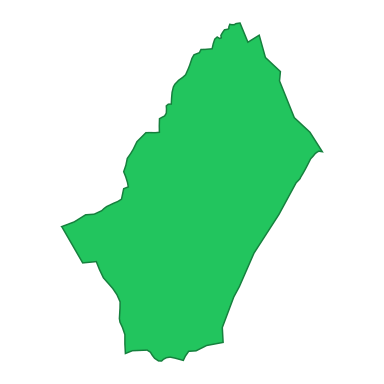 Santiago Lalopa, Oaxaca, Mexico
{"feature_id": "50627088B8129792994601", "entity_name": "Santiago Lalopa", "entity_type": "district", "adm_level": 2, "iso_a3": "MEX", "parent_name": "Mexico", "parent_adm1": "Oaxaca", "projection": "equal_earth", "projection_center": [-96.254, 17.416], "detail": "fine", "context": "isolated", "style": "filled", "palette": "green", "viewbox_px": 384, "rotation_deg": 0, "n_neighbors": 0, "source": "geoboundaries", "source_scale": "gbopen_adm2", "svg_char_len": 1563}
<svg xmlns="http://www.w3.org/2000/svg" viewBox="0 0 384 384"><path d="M125.4,353.5L132.4,350.7L147.1,350.1L150.4,352.2L152.3,355.3L154.6,358.3L158.5,360.9L161.6,361.0L163.4,359.3L166.4,357.7L170.1,357.1L174.9,358.1L183.3,360.4L185.3,356.2L188.7,351.3L196.1,350.8L206.6,345.5L223.1,342.4L222.7,335.0L222.3,327.5L233.8,296.9L239.3,286.7L254.0,253.1L278.9,214.5L296.1,182.8L300.0,178.7L300.6,177.3L303.0,173.3L305.2,169.4L307.4,165.2L310.7,158.7L312.9,156.4L315.2,153.6L317.0,152.2L318.8,151.2L322.3,151.7L309.9,132.2L294.3,117.7L279.5,80.9L280.4,71.6L265.4,57.5L259.2,35.2L247.9,42.2L240.0,23.0L236.0,23.6L234.2,24.7L231.7,24.7L229.8,24.3L229.4,25.5L228.8,27.1L228.9,28.4L227.9,29.2L224.5,29.8L222.7,32.3L220.9,35.4L221.3,37.8L219.6,38.5L217.2,37.0L214.8,39.1L213.3,43.6L212.1,48.8L205.2,49.4L201.0,49.5L199.4,52.7L194.0,54.8L192.0,58.3L189.7,65.2L188.4,68.5L185.6,74.8L182.8,77.3L178.6,80.3L174.9,84.2L173.4,86.9L172.1,92.3L171.6,98.0L171.3,104.1L168.3,104.2L166.3,105.9L166.5,109.1L166.3,113.2L164.6,116.0L162.2,117.2L159.5,118.7L159.3,125.9L159.4,132.3L155.2,132.7L149.6,132.6L145.9,132.7L137.0,141.6L133.2,149.4L130.6,153.7L127.3,158.4L125.9,165.2L123.7,171.7L125.8,177.0L127.5,182.5L128.3,186.9L123.7,188.7L121.5,199.2L117.8,201.5L113.5,203.3L106.6,206.6L104.2,208.4L101.7,210.7L94.2,214.2L85.6,214.8L74.2,221.9L61.7,226.6L61.8,226.7L82.7,262.9L96.3,261.6L99.5,269.6L103.4,277.8L112.7,288.4L117.0,294.8L120.1,301.8L120.0,308.4L119.4,318.6L120.0,322.2L122.4,327.3L124.9,334.6L124.9,343.9L125.4,353.5Z" fill="#22c55e" stroke="#15803d" stroke-width="1.5"/></svg>